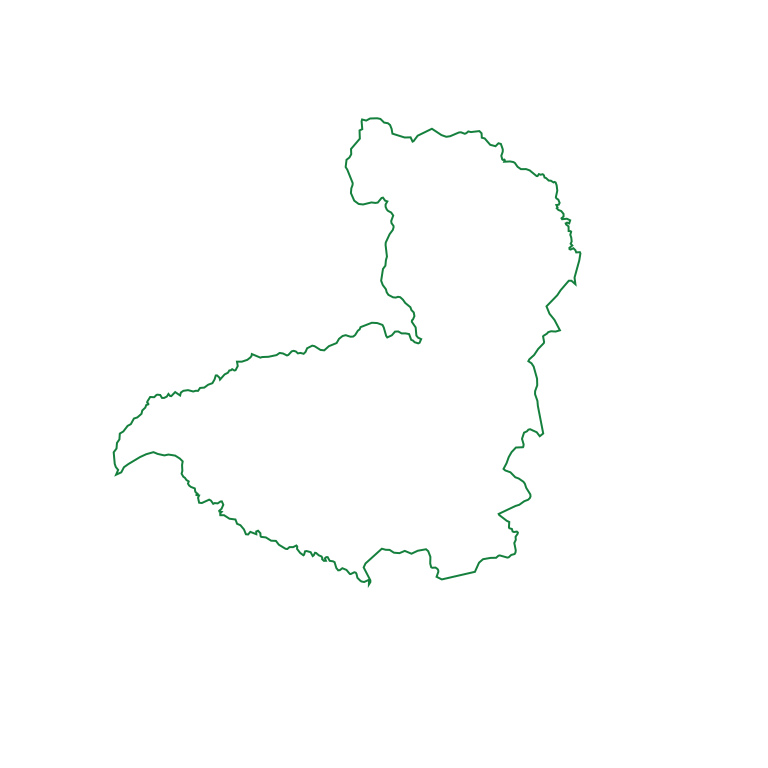 the district of Mocuba, Zambezia, Mozambique, rotated 319°
{"feature_id": "85939544B358257057392", "entity_name": "Mocuba", "entity_type": "district", "adm_level": 2, "iso_a3": "MOZ", "parent_name": "Mozambique", "parent_adm1": "Zambezia", "projection": "orthographic", "projection_center": [36.843, -16.852], "detail": "fine", "context": "isolated", "style": "outline", "palette": "green", "viewbox_px": 768, "rotation_deg": 319, "n_neighbors": 0, "source": "geoboundaries", "source_scale": "gbopen_adm2", "svg_char_len": 6166}
<svg xmlns="http://www.w3.org/2000/svg" viewBox="0 0 768 768"><g transform="rotate(319 384 384)"><path d="M241.1,525.4L243.7,524.6L244.9,523.2L248.3,509.1L252.3,507.3L274.3,506.9L276.5,510.2L279.4,512.9L280.8,517.8L284.7,521.8L290.2,523.6L293.4,530.1L300.1,532.0L307.3,536.3L307.7,539.2L305.6,544.9L301.1,549.8L299.4,553.3L299.9,554.4L302.4,556.3L303.0,558.5L302.8,560.0L301.8,561.4L297.2,564.0L299.4,569.4L329.4,585.4L338.5,581.2L343.8,581.2L350.4,585.2L354.6,588.7L357.7,588.7L358.9,589.3L363.2,595.9L364.4,596.6L367.9,596.5L371.0,598.0L372.7,597.4L374.3,596.0L378.0,589.5L381.2,588.1L383.1,585.6L386.6,584.7L387.6,583.9L387.4,582.5L385.0,581.0L384.3,579.7L385.4,577.3L384.0,575.1L384.2,574.2L388.0,570.3L386.9,567.8L385.0,558.4L385.3,557.3L403.2,562.3L406.8,563.9L413.0,564.5L416.8,565.9L419.1,565.8L420.8,565.0L422.0,563.3L423.2,555.7L424.9,551.6L425.1,549.3L423.7,543.8L421.9,540.5L421.5,533.6L418.8,528.8L418.5,526.5L424.5,524.2L430.2,521.0L435.6,519.1L441.9,518.5L447.4,522.9L448.0,522.7L449.7,521.3L452.2,515.9L457.8,512.6L460.9,513.5L463.0,513.2L464.6,514.0L467.6,520.6L467.3,525.6L471.7,525.8L485.8,501.4L488.7,497.4L491.3,490.8L493.4,488.5L498.8,485.5L503.0,480.4L508.4,469.0L508.9,465.1L507.9,461.5L509.9,460.7L516.3,460.6L523.3,458.7L531.4,458.0L532.4,457.3L535.3,452.4L536.2,452.3L540.0,452.9L541.9,452.6L544.7,453.8L547.9,457.0L552.0,458.9L554.7,447.5L555.0,439.5L557.6,432.0L573.0,430.7L578.8,429.1L591.2,427.3L593.2,429.0L593.9,434.3L597.6,428.7L612.5,418.8L617.9,414.3L618.3,413.0L615.4,410.8L616.2,408.6L616.0,405.8L613.1,405.0L612.5,404.0L613.2,402.9L617.0,403.0L616.9,400.6L619.1,399.6L621.3,396.5L622.5,393.6L625.1,391.9L625.1,391.1L623.7,389.7L626.7,386.1L626.1,383.2L626.5,382.0L628.0,382.3L629.1,384.3L631.9,382.6L630.4,379.2L626.5,376.5L626.7,375.4L629.4,375.4L631.1,373.4L631.2,369.7L629.8,367.1L629.7,364.7L630.8,364.6L631.5,362.0L633.5,363.3L635.4,362.5L636.5,359.2L635.9,357.0L636.2,355.8L641.6,351.8L644.6,347.4L645.7,344.6L645.3,343.4L644.2,343.1L643.3,340.0L641.8,338.6L641.4,334.9L640.6,333.5L641.6,331.4L641.4,329.8L639.5,328.8L638.6,327.2L636.3,327.8L635.6,327.2L634.1,318.4L632.2,315.0L628.3,311.7L627.3,307.7L627.8,302.9L627.2,301.3L625.1,298.7L620.5,295.1L622.0,294.3L622.0,293.5L620.7,292.8L620.6,292.0L622.3,288.7L626.0,286.6L627.6,284.8L629.7,279.5L628.3,277.4L624.2,277.7L621.1,273.2L621.1,264.7L619.4,262.3L622.1,258.8L621.9,255.7L614.9,250.9L613.3,248.7L610.7,248.7L609.1,248.1L607.2,244.5L605.5,243.3L596.5,240.4L593.2,238.3L590.7,233.9L587.6,222.8L572.3,218.7L565.7,220.1L564.6,219.8L565.9,215.3L561.3,211.5L554.6,200.6L557.1,196.5L558.5,192.5L558.0,189.7L555.6,186.8L555.2,181.6L553.2,179.0L547.7,174.5L543.4,173.5L541.0,170.0L539.4,171.1L534.8,177.4L531.9,176.6L526.7,183.0L513.3,185.0L510.0,189.1L506.5,190.4L502.8,190.2L497.4,195.1L496.9,198.2L492.2,211.8L490.8,213.2L487.7,214.9L484.3,218.2L481.8,226.1L483.0,231.5L486.0,234.8L493.6,238.7L496.3,241.7L498.3,243.0L504.2,242.0L505.5,242.7L505.1,246.3L506.3,248.4L502.9,249.6L501.4,251.4L500.6,254.1L500.6,255.9L501.9,259.3L501.5,262.9L496.4,265.7L495.2,267.5L494.9,270.9L494.1,272.0L491.7,273.5L486.6,274.6L478.1,278.4L476.4,280.1L469.8,289.8L466.7,291.8L462.7,295.6L458.7,296.5L449.6,304.2L448.0,308.5L447.6,313.7L446.2,316.6L445.8,319.6L447.7,324.5L449.6,326.5L451.8,327.4L453.2,329.2L453.6,332.8L453.2,336.8L454.3,343.4L453.2,346.2L453.4,349.5L451.5,352.7L448.2,354.3L446.9,354.3L445.8,355.3L445.0,362.1L440.2,368.7L440.1,371.4L441.5,374.5L437.9,376.2L436.5,375.8L434.5,372.5L434.4,370.3L433.5,368.5L435.7,362.8L433.6,360.1L430.5,357.4L429.2,353.7L426.7,351.7L421.9,352.4L417.0,351.0L417.2,349.1L420.9,341.2L421.6,338.4L418.9,333.6L415.0,329.8L403.6,325.7L401.4,326.8L399.3,326.6L394.4,328.1L391.9,328.0L389.7,326.3L387.1,322.0L384.2,320.6L379.7,320.4L375.1,322.0L367.2,319.3L361.0,319.4L358.4,316.6L356.4,309.9L355.0,308.0L349.4,306.6L345.9,308.3L343.2,308.5L341.3,305.7L339.1,304.4L338.8,301.6L337.6,299.7L335.7,298.8L330.9,299.3L329.5,298.8L327.8,294.7L325.6,292.1L321.9,291.7L314.7,287.7L309.7,283.7L308.0,283.0L303.9,274.7L302.4,275.9L300.6,276.3L296.7,276.1L291.4,273.9L287.7,270.7L285.4,274.5L281.0,276.2L279.9,275.6L279.1,273.2L277.4,273.2L276.2,272.3L273.6,273.1L270.0,272.2L263.1,273.1L264.0,271.2L263.6,267.9L262.6,267.2L259.1,269.4L255.0,270.8L250.9,269.2L246.0,268.8L242.6,266.3L239.2,267.2L237.3,265.5L235.1,264.5L232.1,260.1L228.1,257.5L225.1,257.2L222.6,258.9L221.1,253.1L215.5,253.6L214.7,252.7L214.8,250.1L211.8,251.0L208.8,250.2L207.3,248.8L207.9,245.5L206.1,243.5L205.1,243.0L201.9,243.2L199.0,240.4L193.8,242.0L193.1,242.6L193.3,244.0L192.8,244.7L190.7,243.9L188.4,245.2L184.2,245.4L181.4,247.4L175.9,247.4L172.6,246.0L166.6,248.2L163.0,247.4L156.1,248.8L152.1,248.1L148.0,252.2L143.8,253.3L139.8,257.2L135.2,258.2L128.4,267.6L127.1,270.8L127.0,274.4L122.3,276.7L127.8,278.3L133.1,276.2L138.5,276.7L152.0,279.1L158.5,281.0L165.3,284.2L167.4,288.4L171.4,293.8L175.0,295.8L179.4,301.0L181.0,306.3L181.3,310.3L178.4,312.7L174.8,317.3L172.4,318.9L171.7,322.3L172.2,324.2L171.9,326.8L172.7,329.4L170.7,330.6L170.3,332.8L170.8,335.1L172.7,338.7L170.9,341.5L171.2,344.5L170.2,344.2L169.6,344.8L171.3,346.8L169.0,347.9L166.6,352.3L168.4,354.3L176.2,356.6L176.9,358.5L176.5,362.4L178.1,362.8L180.2,365.0L183.5,365.4L184.6,366.2L183.5,369.7L179.5,371.6L176.4,371.6L176.1,372.4L177.5,374.0L175.4,374.3L174.4,375.6L177.2,378.1L179.0,384.3L183.0,388.8L181.4,393.1L183.0,396.4L182.9,401.9L181.2,406.8L182.7,408.4L186.1,407.9L189.1,413.6L190.8,411.5L192.7,412.1L192.8,415.5L191.1,417.7L191.0,418.8L194.2,422.3L196.0,428.2L199.5,431.5L199.2,436.3L201.6,443.8L202.8,445.1L205.6,445.1L208.4,447.5L211.9,448.4L211.9,449.7L210.2,451.4L209.9,456.4L210.8,460.4L211.7,460.4L214.6,458.5L216.0,459.3L218.3,462.8L217.3,467.1L218.6,467.2L221.2,466.1L221.9,467.0L222.4,470.5L223.7,473.2L223.3,474.8L222.4,475.6L222.6,478.0L224.2,479.3L225.0,476.8L226.9,476.8L227.9,477.7L227.0,481.8L229.2,484.4L229.8,486.0L227.3,491.6L227.2,494.6L228.5,495.5L231.7,495.7L233.7,499.7L233.6,504.9L234.2,505.6L238.1,506.6L238.9,507.9L238.7,509.2L236.8,512.8L237.0,516.4L237.4,518.2L239.1,520.4L243.5,521.7L243.2,523.1L241.1,525.4Z" fill="none" stroke="#15803d" stroke-width="2"/></g></svg>